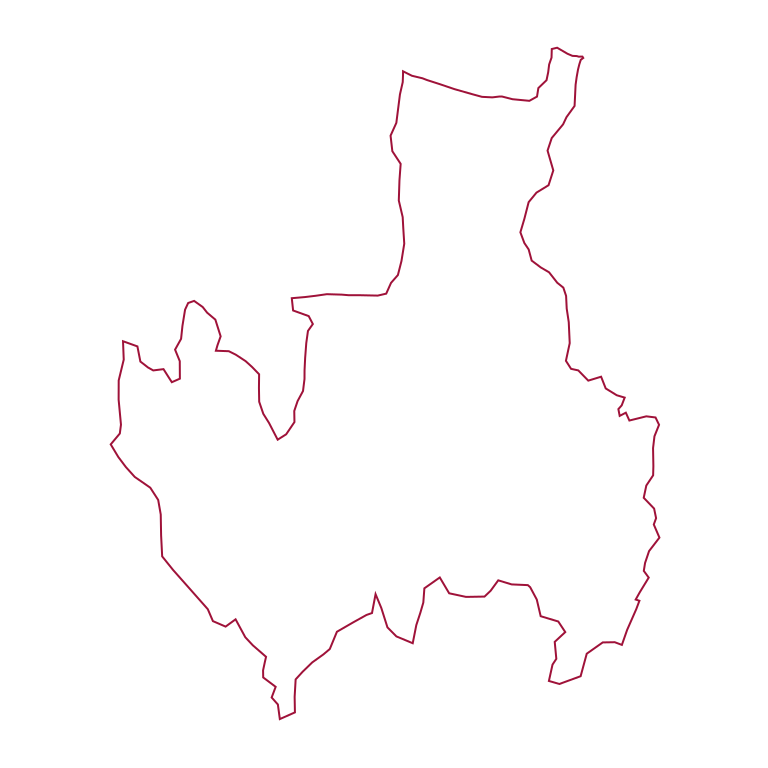 the district of Sotira Lemesou, Cyprus, rotated 179°
{"feature_id": "46923920B57193585231981", "entity_name": "Sotira Lemesou", "entity_type": "district", "adm_level": 2, "iso_a3": "CYP", "parent_name": "Cyprus", "parent_adm1": "", "projection": "equal_earth", "projection_center": [32.841, 34.698], "detail": "fine", "context": "isolated", "style": "outline", "palette": "rose", "viewbox_px": 768, "rotation_deg": 179, "n_neighbors": 0, "source": "geoboundaries", "source_scale": "gbopen_adm2", "svg_char_len": 3031}
<svg xmlns="http://www.w3.org/2000/svg" viewBox="0 0 768 768"><g transform="rotate(179 384 384)"><path d="M179.1,706.5L179.9,707.9L182.8,707.9L183.6,707.9L185.5,708.5L189.9,708.8L194.8,711.0L205.0,717.2L210.4,716.0L210.8,707.4L213.3,700.6L214.4,692.8L216.2,684.9L224.5,677.2L226.0,668.7L233.7,664.6L250.5,666.5L261.1,669.4L263.8,669.4L270.6,668.7L281.0,669.4L290.3,672.1L308.4,677.6L322.9,682.8L335.8,687.2L340.2,689.0L350.7,691.7L359.5,696.3L359.6,692.6L360.0,685.5L363.0,673.3L367.1,644.9L373.1,632.2L371.6,616.6L363.5,603.8L365.0,587.2L366.0,567.2L362.4,550.5L362.0,539.3L361.3,523.9L364.4,506.6L368.2,492.7L375.2,485.0L380.2,474.3L388.7,472.5L406.6,473.2L417.8,473.4L424.8,474.1L439.6,474.8L450.8,473.4L461.6,472.3L474.7,471.4L473.6,459.1L458.1,453.2L454.1,445.2L459.1,438.4L461.0,426.3L462.4,411.3L463.2,399.1L463.4,390.4L465.1,378.4L470.7,368.4L474.2,358.6L474.2,347.5L482.7,335.4L491.3,330.2L499.6,347.0L505.2,356.3L509.1,368.4L509.1,382.2L508.7,395.9L515.5,403.2L522.0,409.3L531.7,415.9L538.6,419.5L551.5,420.2L549.8,425.7L546.5,434.5L551.5,451.3L559.6,458.4L563.9,464.1L572.4,470.4L578.4,468.4L581.6,461.8L584.5,445.7L586.1,432.7L592.3,422.0L587.8,410.4L588.0,392.9L596.1,389.5L599.2,394.5L604.2,402.7L614.5,401.6L618.9,404.2L619.5,404.5L627.2,410.7L629.9,425.9L643.1,430.9L644.2,431.3L643.8,412.9L649.2,392.2L649.6,372.9L647.7,347.9L649.0,339.1L658.3,328.4L650.9,315.6L645.9,308.7L643.5,305.4L634.8,295.4L622.4,286.5L619.5,284.4L611.8,272.0L609.5,257.4L609.5,236.5L608.8,215.5L598.1,201.7L582.6,183.6L564.1,161.9L559.2,149.9L546.6,144.2L536.5,151.3L527.1,133.2L519.7,125.0L506.7,113.3L508.0,108.0L509.9,99.8L509.9,92.7L497.6,83.1L501.8,72.5L495.7,65.4L494.0,50.8L482.4,55.7L478.8,57.2L478.8,72.8L477.5,90.2L470.4,97.7L460.6,106.9L449.3,114.7L442.8,120.0L435.4,137.1L418.8,146.3L405.5,153.4L400.0,155.2L396.1,174.0L390.6,160.1L384.8,140.6L376.0,131.4L359.8,124.3L355.9,142.4L351.7,154.5L348.5,164.8L347.2,179.0L331.6,189.6L322.5,173.6L305.7,169.7L287.2,169.7L281.0,175.4L273.2,185.7L259.9,181.4L243.7,180.4L241.4,178.3L235.0,165.8L231.4,149.1L213.9,143.5L207.1,132.8L217.8,123.2L216.5,106.2L220.4,100.5L224.3,84.2L221.3,83.3L213.9,81.0L192.5,88.4L186.0,110.8L169.8,121.8L157.8,121.8L150.7,119.0L145.2,133.9L135.7,154.5L132.4,162.8L136.1,164.1L131.9,171.3L122.7,185.8L127.5,192.6L126.1,200.5L121.9,212.3L111.3,225.6L116.7,238.8L114.3,245.1L116.1,254.7L126.3,265.7L123.5,277.9L116.5,288.0L116.1,297.2L116.1,315.2L114.5,327.0L109.7,338.4L113.1,345.8L122.3,347.1L134.5,344.3L139.3,343.2L142.7,351.1L148.9,348.0L150.1,354.8L146.7,358.5L143.6,366.2L151.5,368.7L162.4,375.7L166.8,387.5L179.7,383.8L189.5,394.2L196.7,395.9L201.7,404.0L197.6,421.6L198.2,442.6L200.0,456.2L200.4,468.9L203.0,477.2L209.0,482.2L217.0,492.8L225.2,497.8L234.2,504.8L237.0,516.0L241.2,522.5L245.0,533.3L240.8,546.6L236.2,563.3L228.2,572.7L216.0,579.9L211.0,594.6L216.4,614.5L212.0,627.0L200.4,640.5L196.9,647.6L188.6,658.7L187.2,679.9L186.0,687.6L184.5,695.1L183.1,700.3L181.6,704.7L179.1,706.5Z" fill="none" stroke="#9f1239" stroke-width="2"/></g></svg>